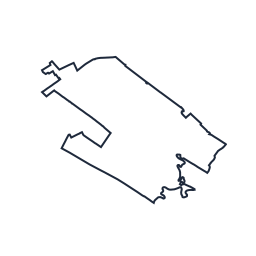 Barcanesti, Ialomita, Romania, rotated 106°
{"feature_id": "2599482B37861842426692", "entity_name": "Barcanesti", "entity_type": "district", "adm_level": 2, "iso_a3": "ROU", "parent_name": "Romania", "parent_adm1": "Ialomita", "projection": "albers", "projection_center": [26.664, 44.608], "detail": "fine", "context": "isolated", "style": "outline", "palette": "slate", "viewbox_px": 256, "rotation_deg": 106, "n_neighbors": 0, "source": "geoboundaries", "source_scale": "gbopen_adm2", "svg_char_len": 5536}
<svg xmlns="http://www.w3.org/2000/svg" viewBox="0 0 256 256"><g transform="rotate(106 128 128)"><path d="M165.8,186.2L167.8,177.2L168.3,175.3L173.6,154.9L176.4,141.7L176.9,139.1L180.2,123.9L182.4,116.2L187.0,101.2L188.9,95.5L189.3,93.7L189.3,93.4L189.2,93.3L190.4,89.9L191.2,87.4L192.1,85.1L192.9,82.6L191.9,82.6L191.0,82.5L190.5,82.4L189.5,81.9L186.5,80.0L186.2,79.7L185.7,78.5L185.5,77.8L185.6,77.1L185.7,76.1L185.8,75.3L186.1,74.6L185.9,74.1L185.6,73.8L185.2,73.5L184.8,73.5L184.1,73.8L183.8,74.1L183.5,74.5L183.2,74.8L182.9,75.5L182.8,76.3L182.7,76.8L182.6,77.3L182.4,77.8L181.8,78.2L181.4,78.2L181.0,78.0L180.5,77.6L179.7,77.0L179.1,76.8L178.5,76.9L178.0,77.2L177.6,77.6L177.2,78.0L176.8,78.1L176.4,78.2L175.7,78.1L175.4,77.8L175.2,77.6L175.0,77.2L174.8,76.6L174.8,75.8L174.9,75.2L175.5,73.4L175.6,72.9L175.7,72.1L175.8,71.5L175.7,70.9L175.5,69.9L174.5,67.4L174.3,66.8L174.0,66.3L173.7,65.8L173.0,64.8L171.9,63.3L171.0,62.3L170.6,61.7L170.5,61.2L170.5,60.8L170.7,60.4L171.2,59.9L171.6,59.7L172.2,59.4L174.1,59.3L175.1,59.2L175.9,58.9L176.9,58.5L177.3,58.2L177.7,57.7L178.3,57.1L179.0,56.8L179.3,56.6L179.4,56.3L179.4,55.9L179.4,55.6L179.3,55.3L179.1,54.8L178.3,53.7L177.9,53.2L177.6,52.8L177.3,52.6L176.3,52.7L176.0,52.8L175.7,53.1L175.3,53.7L175.1,54.1L174.6,54.6L174.1,54.9L173.7,55.0L173.1,54.9L172.6,54.6L171.9,54.1L171.2,53.0L170.8,52.1L170.5,51.4L170.1,50.2L169.8,48.8L169.6,48.1L169.0,47.0L168.6,47.3L168.4,47.3L167.8,49.6L167.2,52.2L167.3,52.5L167.1,53.6L166.7,56.5L166.5,57.3L166.4,58.0L166.5,58.7L166.8,59.2L167.1,59.9L167.7,60.6L168.1,61.0L168.3,61.1L167.7,62.6L167.4,62.5L165.7,62.4L165.3,62.3L164.9,61.9L164.9,61.4L165.3,60.6L165.5,60.2L165.5,59.9L165.3,59.4L165.1,59.2L164.7,59.0L164.3,58.9L164.0,58.9L163.6,59.0L163.2,59.1L162.9,59.3L162.4,59.7L161.7,60.4L161.5,60.5L160.8,60.6L160.5,60.9L160.4,61.0L160.2,61.6L160.2,61.9L160.2,62.1L160.3,62.2L160.5,62.3L160.7,62.5L162.6,62.9L163.5,63.3L163.9,63.5L164.3,63.9L164.6,64.3L164.8,64.5L164.8,64.8L164.7,64.9L164.1,65.1L162.5,64.6L161.5,64.5L160.4,64.5L159.8,64.6L158.9,64.9L156.2,65.7L155.8,65.9L155.6,66.1L154.5,66.7L154.1,67.1L153.7,67.5L152.7,68.5L152.4,68.8L152.0,69.2L151.3,69.8L150.9,70.0L150.5,70.1L150.2,70.0L149.9,69.8L149.7,69.5L149.6,69.2L149.6,68.7L150.0,68.1L150.7,67.5L150.9,67.2L150.9,66.9L150.8,66.5L150.7,66.3L150.4,66.2L149.3,66.0L148.6,65.8L148.2,65.6L147.7,65.1L147.2,64.5L146.8,64.1L146.7,64.0L146.2,63.8L145.9,63.8L145.7,63.9L145.4,64.0L145.0,64.4L144.7,65.0L144.3,65.7L144.1,66.2L143.7,68.3L143.7,68.9L143.6,69.2L143.5,69.6L143.4,69.9L143.4,70.2L143.3,70.4L143.2,70.7L143.2,70.8L142.8,71.7L142.7,71.8L142.4,72.3L142.1,72.7L141.8,73.1L141.2,73.6L140.9,73.7L140.6,73.8L140.3,73.7L140.1,73.6L139.9,73.3L139.8,73.0L139.7,72.2L139.4,71.2L139.4,70.7L139.5,70.3L141.5,69.6L141.8,69.4L142.1,69.2L142.4,68.7L142.4,68.4L142.5,67.7L142.4,67.3L142.3,67.0L141.8,66.1L142.2,64.8L143.4,60.6L144.0,58.5L144.8,55.4L144.8,55.1L145.7,52.0L146.0,51.1L146.2,50.6L147.8,44.6L148.3,42.8L148.7,41.1L149.3,39.5L148.6,39.2L147.7,38.8L147.3,38.7L145.5,38.5L144.8,38.5L144.0,38.5L143.5,38.5L142.9,38.7L142.3,39.0L141.9,39.3L141.5,39.9L139.1,38.9L139.0,39.0L137.7,38.4L135.4,37.1L134.9,36.9L134.1,36.6L132.7,36.4L132.3,36.4L131.5,36.8L130.9,37.2L129.8,36.8L126.9,35.7L125.4,35.2L123.7,33.9L123.0,33.3L122.3,32.6L121.6,32.1L121.2,31.6L120.7,31.4L120.4,31.3L120.2,31.1L119.6,30.7L116.7,29.4L116.5,29.6L116.4,29.9L115.8,32.1L113.8,38.5L112.6,42.8L111.7,45.6L111.6,46.0L111.6,46.7L111.6,46.9L111.6,47.3L111.6,48.1L111.4,48.0L111.2,47.9L110.9,47.8L110.7,47.7L110.6,47.8L110.4,47.9L110.1,48.3L109.9,48.8L109.8,49.1L109.8,49.7L109.7,50.5L109.6,50.9L109.5,51.1L109.3,51.3L108.8,51.5L104.8,59.2L103.6,58.9L103.4,59.2L101.3,63.4L97.8,70.3L96.9,71.8L101.1,74.6L102.2,75.2L101.7,76.1L101.4,76.6L101.0,77.4L99.7,79.6L98.6,80.7L98.0,80.7L97.5,80.4L97.4,80.4L97.1,80.7L96.9,80.5L96.8,80.0L96.6,79.2L96.3,79.1L95.1,79.9L93.3,82.7L93.3,82.8L93.6,82.9L93.4,83.5L85.3,105.2L84.9,106.2L84.9,106.5L79.1,121.6L80.0,122.0L79.6,123.0L78.8,122.7L76.7,128.1L76.5,128.6L70.2,144.8L69.1,147.7L68.9,147.8L68.3,147.8L67.9,147.9L68.0,148.7L68.0,148.8L63.1,159.5L63.7,160.9L64.2,162.0L67.5,171.7L68.2,173.9L69.3,176.4L69.5,176.7L70.3,178.2L71.0,178.8L70.9,179.0L71.7,180.4L72.4,181.1L77.5,185.8L79.1,187.1L86.8,192.6L83.9,195.1L80.4,198.2L83.8,202.2L90.8,210.1L86.9,216.3L84.9,219.2L84.8,219.5L87.1,221.1L88.0,220.5L88.8,219.9L95.6,226.1L96.1,226.6L97.5,225.4L97.7,225.2L98.8,222.0L98.8,221.9L97.1,220.4L97.0,220.1L96.9,219.9L96.9,219.7L97.4,218.9L94.1,215.9L94.5,215.5L97.3,212.7L96.7,212.0L96.6,211.9L99.3,208.5L98.8,207.9L99.8,206.6L102.7,208.7L106.2,211.6L107.8,212.8L112.5,216.7L115.5,219.0L116.2,219.7L117.2,220.5L120.1,215.1L112.8,209.8L112.2,209.3L112.4,209.0L112.7,208.4L114.0,204.4L115.5,200.6L116.1,199.1L116.1,198.7L116.9,196.5L117.8,194.2L118.4,192.3L118.6,191.9L118.8,191.7L118.7,191.3L118.7,191.1L119.0,190.6L119.3,189.7L119.6,189.1L119.9,188.7L119.8,188.4L122.9,180.0L123.5,178.3L124.1,176.4L125.7,172.2L126.6,169.5L126.6,169.4L127.5,167.0L128.0,165.5L128.4,164.7L129.2,162.5L129.2,162.4L129.9,160.8L130.8,158.7L131.0,157.9L131.7,156.4L131.9,155.7L133.2,152.9L133.2,152.6L133.2,152.3L133.3,152.2L133.9,151.3L134.5,150.2L136.8,145.1L137.6,143.3L140.4,144.3L153.8,148.7L151.8,154.8L151.7,155.4L151.5,156.0L150.7,158.2L149.5,161.9L149.2,162.8L148.6,164.6L147.2,168.7L146.7,169.3L144.7,171.1L146.3,172.9L146.5,172.9L147.9,174.6L152.8,179.9L150.4,182.2L150.6,182.8L151.0,183.2L151.2,183.3L157.0,184.5L157.3,184.5L161.6,185.4L165.8,186.2Z" fill="none" stroke="#1e293b" stroke-width="2"/></g></svg>